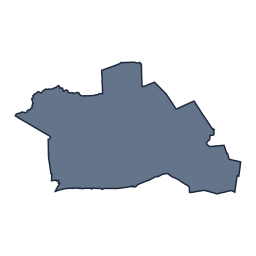 Woerden, Utrecht, Netherlands
{"feature_id": "6326949B31284337672532", "entity_name": "Woerden", "entity_type": "district", "adm_level": 2, "iso_a3": "NLD", "parent_name": "Netherlands", "parent_adm1": "Utrecht", "projection": "natural_earth1", "projection_center": [4.901, 52.114], "detail": "fine", "context": "isolated", "style": "filled", "palette": "slate", "viewbox_px": 256, "rotation_deg": 0, "n_neighbors": 0, "source": "geoboundaries", "source_scale": "gbopen_adm2", "svg_char_len": 5107}
<svg xmlns="http://www.w3.org/2000/svg" viewBox="0 0 256 256"><path d="M234.8,192.2L235.5,186.9L236.8,178.0L237.1,175.7L238.8,176.2L239.8,168.8L240.6,161.9L229.2,159.3L229.2,159.2L228.9,159.0L228.8,158.8L228.8,158.2L228.6,157.3L228.6,157.2L228.1,155.5L227.9,154.9L227.4,153.3L226.7,153.4L226.2,151.8L226.2,151.7L224.0,145.3L209.6,146.6L207.9,145.2L207.1,144.4L206.8,144.0L206.7,143.7L206.7,143.4L206.7,143.0L206.8,142.7L206.9,142.4L207.0,142.2L207.8,141.2L209.1,140.2L209.3,139.9L209.4,139.7L209.7,139.1L209.9,137.8L209.9,136.3L210.0,135.9L210.0,135.7L210.3,135.4L210.5,135.3L211.1,135.3L212.4,135.3L212.8,135.3L213.2,135.2L213.4,135.0L213.6,134.8L213.8,134.5L214.0,133.9L214.0,133.0L213.9,132.1L213.7,131.0L213.7,130.7L213.8,130.5L213.9,130.3L214.4,129.8L214.4,129.7L212.5,128.5L212.3,128.9L212.1,128.6L211.6,127.9L207.3,121.2L204.2,116.6L203.7,115.9L203.2,115.4L203.0,115.0L202.6,114.8L202.7,114.6L202.6,114.4L194.1,101.1L192.7,101.6L178.0,108.3L176.7,108.8L176.1,109.0L175.9,108.8L175.2,107.8L171.5,102.0L169.5,99.0L166.2,94.0L159.9,87.7L159.3,87.1L156.4,84.2L154.5,82.2L149.3,84.3L146.6,85.3L146.2,85.6L145.6,85.8L144.2,86.3L143.7,86.5L143.4,86.3L142.5,86.6L142.0,86.3L142.0,85.7L142.0,84.5L141.9,83.8L141.8,79.5L141.6,76.0L141.5,66.8L141.4,65.7L141.4,64.8L141.3,64.5L141.3,64.1L140.7,64.1L139.7,62.4L138.5,62.9L137.8,63.0L137.1,62.9L134.9,62.4L134.2,62.3L133.4,62.2L122.9,62.6L121.3,62.5L121.4,62.8L120.6,63.1L120.3,63.3L119.3,63.8L116.4,65.0L112.1,66.6L101.7,70.3L101.7,71.8L101.7,72.6L101.8,73.9L101.9,74.2L102.0,76.6L102.1,77.8L102.1,81.9L102.2,83.2L102.3,84.1L102.5,89.0L102.6,93.7L101.1,93.7L100.3,93.6L99.2,93.7L98.2,94.5L95.9,94.9L94.6,95.2L93.5,95.5L92.4,95.6L87.9,95.8L86.5,95.8L85.8,95.8L82.2,95.9L81.8,95.8L81.5,95.6L80.7,95.4L80.1,94.9L79.9,94.8L79.5,94.5L79.4,94.4L79.1,93.5L78.9,92.9L78.5,92.7L78.2,92.5L77.6,92.5L76.2,92.7L76.0,92.8L75.4,93.0L74.6,93.4L74.0,93.5L73.7,93.4L73.4,93.2L73.2,92.9L72.7,92.7L72.0,92.7L70.9,92.9L69.8,92.9L69.1,92.8L68.8,92.7L68.4,92.3L68.3,92.1L68.1,91.1L67.9,90.9L67.5,90.6L67.1,90.2L66.4,90.0L66.2,90.0L65.8,90.1L64.9,90.5L64.2,90.9L63.9,91.2L63.5,91.2L63.4,91.2L63.2,90.9L63.2,90.2L62.9,89.7L62.6,88.2L61.4,88.3L61.3,88.0L59.9,88.2L59.9,87.4L59.7,87.2L59.0,86.0L58.8,85.7L58.5,85.6L58.3,85.8L58.0,86.0L57.6,86.0L57.5,86.3L56.4,87.1L55.7,87.6L55.4,87.7L55.0,87.7L54.7,87.7L53.8,88.1L53.0,88.7L51.8,89.1L51.3,89.2L50.5,89.1L50.1,89.1L48.9,89.1L48.5,89.1L47.5,89.3L46.8,89.4L46.6,89.5L45.9,89.1L45.6,89.1L45.1,89.4L44.9,89.5L44.4,90.0L43.7,90.5L42.9,90.9L42.7,91.1L42.3,91.6L42.2,92.1L41.9,92.6L41.7,92.8L41.4,92.9L40.9,92.9L40.7,92.8L40.1,92.6L39.5,92.1L39.3,92.1L38.6,91.9L37.9,91.7L37.7,91.8L36.6,93.0L36.2,93.3L35.1,93.8L34.8,94.1L34.7,94.1L34.3,94.2L34.2,94.5L33.9,94.9L33.7,95.0L33.4,95.3L33.0,95.8L32.9,95.9L33.0,96.0L33.2,96.7L33.3,97.0L33.3,97.5L33.1,98.0L32.3,98.3L32.1,98.5L31.8,98.6L31.7,98.8L31.7,99.1L32.3,99.8L32.2,100.2L32.3,100.9L32.6,101.4L32.6,101.6L32.6,101.9L32.8,102.4L33.0,102.6L33.2,103.1L33.1,103.3L32.8,103.4L32.6,103.6L32.6,104.5L32.2,105.2L32.3,105.3L32.1,105.5L32.0,105.8L32.0,106.0L32.3,106.8L32.3,107.0L32.0,107.5L31.8,107.5L31.7,107.6L31.5,107.8L31.3,108.0L30.8,108.6L30.8,108.8L30.6,109.1L29.9,109.6L29.4,109.8L28.3,110.1L28.2,110.3L28.0,110.2L27.9,110.2L27.5,110.5L27.3,110.8L27.1,111.2L27.1,111.3L27.1,111.7L26.8,112.1L26.5,112.3L26.4,112.3L25.9,112.6L25.0,112.6L24.4,112.5L24.2,112.4L23.9,112.4L23.0,112.2L22.0,112.0L21.6,112.3L21.3,112.3L21.2,112.3L21.1,112.5L20.6,112.9L20.3,112.8L19.6,113.2L19.0,113.3L17.7,113.5L17.2,113.7L16.9,113.8L16.5,114.0L16.4,114.1L15.7,114.9L15.5,115.2L15.5,115.7L15.4,116.0L15.7,116.1L16.4,116.5L18.9,117.9L18.8,118.1L19.0,118.2L31.4,125.4L42.8,132.1L46.0,133.9L47.0,134.5L50.3,136.5L50.5,136.6L50.6,136.8L50.1,137.9L49.6,139.0L48.2,139.3L48.4,149.4L48.4,150.7L48.5,154.5L48.5,155.3L48.6,157.6L48.7,158.3L50.9,173.1L50.9,173.7L51.3,173.8L51.8,174.0L51.5,180.7L51.8,180.7L52.8,180.6L54.6,180.3L56.2,180.2L56.4,181.0L57.3,180.8L58.7,180.4L58.7,180.5L58.7,180.8L58.3,183.1L59.8,183.2L56.7,188.6L56.3,189.2L55.3,191.3L59.9,189.9L63.0,189.1L65.9,188.5L68.4,188.3L72.3,188.3L72.2,188.2L72.9,188.1L73.2,188.1L73.3,188.2L75.4,188.1L77.5,188.1L79.5,188.2L79.7,188.5L80.2,188.2L80.3,188.4L80.5,188.4L81.7,188.6L83.1,188.6L84.3,188.3L89.6,188.2L90.3,188.4L91.5,188.9L91.4,188.2L93.3,188.2L97.7,188.4L100.7,188.5L101.2,188.7L102.6,189.4L103.4,188.5L106.7,188.4L115.9,188.5L117.9,188.4L122.2,187.9L122.9,187.8L125.5,187.5L131.3,186.4L131.3,186.5L131.7,186.5L132.8,186.1L133.1,186.9L133.7,186.6L134.7,186.6L134.9,186.9L136.2,186.3L137.0,185.3L137.4,184.9L138.0,184.5L138.7,184.2L142.4,182.7L146.5,180.9L148.3,180.5L155.6,176.7L157.7,176.4L158.0,176.7L162.2,174.4L164.9,173.8L167.8,173.5L168.5,174.3L170.3,175.5L170.6,175.9L172.6,177.0L173.9,177.6L175.8,178.4L177.4,179.1L179.3,180.3L182.7,182.6L184.2,183.6L189.1,186.5L189.4,189.7L189.5,191.1L189.6,192.5L193.2,192.2L194.2,192.0L194.8,191.8L196.1,191.6L204.1,190.3L206.2,190.8L216.9,193.8L217.3,193.8L220.8,192.9L223.6,192.4L228.4,191.1L231.0,190.6L231.3,190.6L231.5,190.6L232.9,191.2L234.8,192.2Z" fill="#64748b" stroke="#1e293b" stroke-width="1.5"/></svg>